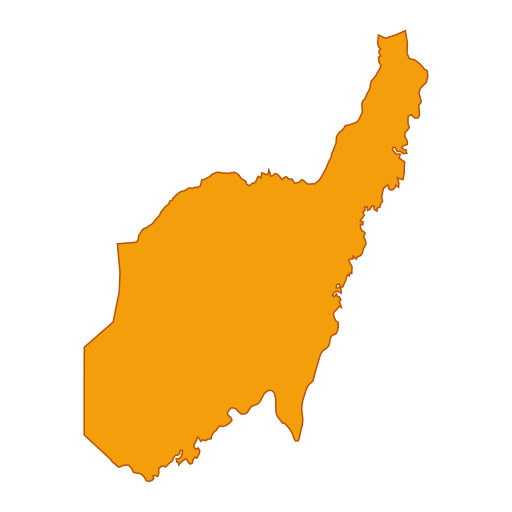 Turilândia, Maranhão, Brazil
{"feature_id": "56859067B16746670752925", "entity_name": "Turilândia", "entity_type": "district", "adm_level": 2, "iso_a3": "BRA", "parent_name": "Brazil", "parent_adm1": "Maranhão", "projection": "equal_earth", "projection_center": [-45.364, -2.12], "detail": "fine", "context": "isolated", "style": "filled", "palette": "amber", "viewbox_px": 512, "rotation_deg": 0, "n_neighbors": 0, "source": "geoboundaries", "source_scale": "gbopen_adm2", "svg_char_len": 5357}
<svg xmlns="http://www.w3.org/2000/svg" viewBox="0 0 512 512"><path d="M378.4,35.0L378.1,38.8L377.6,42.5L378.5,46.8L380.7,48.8L379.0,50.6L379.3,54.0L380.7,56.0L378.4,57.3L379.0,62.1L380.7,64.7L380.2,68.2L377.2,72.9L375.7,75.9L373.3,78.8L371.3,80.9L370.4,84.3L370.1,87.5L368.8,90.7L367.4,93.0L365.9,96.5L364.6,99.2L362.7,101.1L361.9,103.4L362.0,108.2L362.4,112.2L360.7,115.7L359.3,118.8L357.3,121.6L354.8,122.9L351.1,124.3L348.3,125.2L345.6,125.4L344.0,128.0L341.3,131.0L339.6,132.0L337.8,134.5L336.5,136.8L336.2,140.1L336.1,143.1L334.9,145.9L334.0,148.2L333.2,150.9L331.6,153.5L331.2,157.4L329.3,160.5L327.6,164.3L326.1,168.4L323.6,172.8L322.4,175.1L321.1,177.3L319.2,180.1L316.4,182.6L314.3,183.9L312.0,183.8L308.2,184.2L305.6,182.4L303.8,180.6L301.6,179.6L299.8,181.7L297.9,182.6L294.7,183.3L291.9,179.0L288.9,179.2L286.4,176.7L284.3,177.4L282.2,179.7L279.6,176.5L277.5,174.3L275.2,173.5L272.9,175.4L270.6,176.3L270.0,173.2L268.8,170.0L268.1,174.1L266.2,174.6L264.4,173.7L261.8,172.8L261.0,177.8L258.1,176.3L256.4,180.2L254.7,182.9L252.3,183.2L249.5,185.8L246.7,184.2L245.8,181.3L244.1,180.2L241.4,178.6L238.8,175.0L236.3,173.1L234.0,172.3L231.8,172.6L228.1,173.5L225.8,173.0L223.6,173.2L220.9,172.6L217.3,172.2L211.9,174.3L209.8,176.7L206.4,178.3L204.2,179.6L201.8,179.6L201.0,183.3L200.3,186.0L197.2,187.5L194.6,187.3L192.2,188.5L190.3,187.8L188.0,188.4L185.8,190.0L184.0,190.9L181.0,191.4L179.1,192.8L176.1,195.1L173.0,198.3L172.0,200.3L169.9,201.0L168.6,204.1L165.9,206.0L164.0,208.2L162.6,210.2L160.7,212.3L159.6,215.3L155.6,219.5L153.9,221.9L151.6,224.4L149.5,225.5L146.9,227.5L143.9,228.5L142.1,230.2L140.8,232.4L138.7,235.7L138.2,239.7L136.8,241.5L135.0,242.4L117.4,243.8L120.0,272.3L119.2,292.4L118.1,297.4L113.1,322.1L84.3,347.2L84.2,376.1L84.2,396.6L84.2,402.1L84.2,434.8L86.0,436.6L110.7,459.4L112.1,461.7L114.9,463.9L117.0,465.9L118.7,467.1L120.9,466.5L122.8,465.5L126.4,465.1L128.8,465.2L131.8,468.8L133.4,472.3L136.1,473.1L138.9,473.2L141.1,474.2L143.1,475.7L144.8,478.0L146.4,480.8L149.0,481.3L151.8,480.6L153.8,478.6L152.9,475.8L155.1,475.5L157.7,476.5L158.9,472.7L158.7,469.2L160.4,467.0L162.9,465.9L165.8,467.0L167.5,464.9L169.9,462.7L172.3,461.0L173.8,457.5L175.3,455.3L177.7,455.2L179.7,453.7L180.2,450.4L182.6,450.5L182.2,453.5L181.1,456.8L179.0,458.7L176.2,458.9L176.7,461.9L178.6,462.4L178.8,464.9L180.5,462.9L182.6,461.0L184.7,459.4L186.6,459.2L188.3,462.4L190.2,464.1L192.4,463.1L193.1,459.6L195.1,457.1L196.9,458.2L199.4,453.2L199.8,450.6L198.1,447.9L195.9,449.3L194.0,447.0L194.1,444.0L195.6,442.2L196.6,440.1L197.4,437.1L199.3,438.8L200.7,441.4L202.8,439.8L205.5,440.7L208.4,439.0L211.1,438.9L211.4,436.3L213.8,432.1L215.9,430.7L218.1,427.7L220.0,425.7L222.1,426.6L224.0,426.2L226.8,425.0L229.5,423.1L232.0,420.3L230.6,417.1L228.0,415.2L227.4,412.5L229.5,409.6L231.3,407.7L233.1,408.0L235.9,408.7L238.9,412.1L241.3,414.0L244.7,414.0L247.5,412.4L248.7,410.1L251.3,406.5L254.7,405.2L257.0,404.3L258.7,403.2L260.6,400.6L262.0,397.9L263.2,395.4L264.6,393.2L266.6,391.6L268.7,390.4L271.5,390.4L274.0,392.5L275.7,398.4L275.7,404.7L276.0,412.3L277.4,416.5L282.6,423.2L284.9,423.5L286.9,425.7L289.6,428.9L291.5,432.1L292.8,434.8L293.7,437.8L295.4,440.9L298.3,440.8L299.2,438.4L299.8,435.3L300.6,431.3L301.7,427.3L302.3,424.7L302.8,420.9L302.7,417.8L302.2,414.0L301.7,410.4L301.8,407.3L302.1,404.1L302.6,400.9L303.6,397.8L305.8,390.7L307.3,386.8L309.0,384.6L311.2,382.6L312.9,381.1L313.7,378.4L314.6,374.6L316.2,368.9L319.4,358.0L320.4,354.8L321.5,352.5L323.7,350.1L326.5,348.3L328.5,346.1L329.5,343.7L330.0,339.7L331.3,336.2L333.6,334.6L335.8,334.1L337.7,330.2L338.3,326.2L338.1,322.4L335.8,320.8L334.5,318.0L333.4,314.6L334.2,311.9L336.0,310.1L338.0,308.1L339.1,306.1L341.3,307.5L340.3,303.9L339.0,301.6L340.9,299.9L339.4,297.0L337.4,296.4L336.4,293.9L334.4,296.8L332.5,295.3L334.1,292.7L336.3,291.2L338.9,291.9L341.2,293.1L341.0,289.3L340.1,286.5L342.6,287.1L344.6,283.0L345.8,280.3L346.5,277.5L347.6,274.7L349.3,275.9L350.0,272.9L351.8,273.5L351.8,270.6L352.1,266.8L350.6,264.2L348.7,260.1L350.6,258.8L353.0,259.0L353.1,256.1L356.3,259.1L357.4,256.6L360.0,256.0L361.8,254.1L362.7,251.9L363.2,249.2L365.0,246.1L366.0,244.0L365.5,240.7L363.7,236.9L365.1,233.4L363.8,231.6L361.9,230.8L360.4,227.8L360.5,224.2L362.8,224.7L363.2,221.9L360.3,221.2L362.2,218.1L364.3,215.4L363.0,212.0L365.2,210.1L364.6,207.3L367.2,206.8L367.7,210.5L370.3,209.0L371.7,206.0L373.6,205.9L374.3,209.7L377.0,211.1L377.2,208.1L379.8,207.3L380.6,203.9L382.6,201.4L381.6,197.2L382.3,194.1L382.8,191.2L383.5,188.5L385.9,186.2L388.0,185.1L388.6,188.6L390.7,190.0L392.6,189.8L394.5,188.4L395.9,185.2L398.6,187.3L398.8,182.9L397.3,177.8L399.7,178.9L403.1,179.6L404.2,172.3L404.2,168.5L404.4,165.7L404.7,162.0L399.3,158.2L400.2,154.1L396.1,154.0L394.0,151.5L392.4,149.8L393.1,147.2L395.2,147.7L397.3,151.5L400.7,151.4L402.8,153.6L406.8,153.4L406.0,149.9L403.7,149.5L401.6,147.7L403.2,145.9L407.3,144.5L407.1,140.6L404.9,136.5L404.9,132.6L407.5,130.1L409.3,127.4L408.0,123.6L408.1,116.4L411.2,114.7L414.5,117.9L418.2,117.9L419.5,114.9L418.7,105.4L421.3,101.9L419.9,96.5L418.9,92.5L420.6,88.1L426.3,82.4L427.8,76.7L427.2,70.8L424.5,69.2L420.4,64.3L414.6,59.8L409.4,58.7L407.0,53.3L407.4,42.9L405.3,30.7L395.7,34.9L385.4,38.3L378.4,35.0ZM340.1,286.5L338.4,288.0L336.2,288.0L336.6,284.9L339.0,283.8L340.1,286.5Z" fill="#f59e0b" stroke="#b45309" stroke-width="1.5"/></svg>